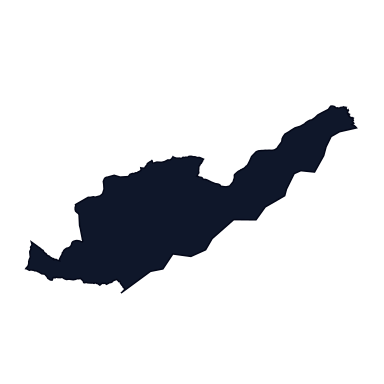 the district of Juaben Municipal, Ashanti, Ghana, rotated 285°
{"feature_id": "2480657B53382680619634", "entity_name": "Juaben Municipal", "entity_type": "district", "adm_level": 2, "iso_a3": "GHA", "parent_name": "Ghana", "parent_adm1": "Ashanti", "projection": "orthographic", "projection_center": [-1.389, 6.756], "detail": "fine", "context": "isolated", "style": "filled", "palette": "ink", "viewbox_px": 384, "rotation_deg": 285, "n_neighbors": 0, "source": "geoboundaries", "source_scale": "gbopen_adm2", "svg_char_len": 5765}
<svg xmlns="http://www.w3.org/2000/svg" viewBox="0 0 384 384"><g transform="rotate(285 192 192)"><path d="M70.7,79.7L73.1,80.0L73.7,80.7L73.6,81.9L74.6,83.0L74.6,84.6L75.3,87.3L76.0,88.6L75.8,89.4L75.2,91.1L75.0,93.4L76.0,95.8L76.5,100.0L77.6,102.3L78.5,103.3L78.9,105.2L79.8,106.7L79.4,107.1L78.1,109.7L77.5,110.2L76.5,110.8L76.5,111.7L77.3,113.2L77.3,114.8L78.0,118.3L78.4,119.4L78.4,121.0L78.9,121.6L79.3,122.2L79.3,122.7L79.0,123.4L79.2,124.5L78.9,125.2L78.2,127.1L80.7,128.8L80.7,129.8L81.4,131.7L80.7,133.3L82.0,134.7L82.8,135.4L83.6,137.1L84.3,138.0L85.7,138.7L86.8,140.0L88.1,142.0L87.3,143.5L86.5,144.5L87.0,145.7L86.8,145.8L85.5,146.4L84.0,148.2L83.9,148.4L83.8,148.5L83.7,148.7L83.6,148.9L83.5,149.2L83.2,149.4L82.9,149.7L82.4,150.0L82.1,150.5L81.9,150.7L81.8,150.9L81.6,151.6L81.4,152.0L81.2,152.1L80.7,152.2L80.2,152.0L79.9,151.9L79.4,151.7L79.1,151.4L78.7,151.2L78.3,151.1L77.9,150.8L77.5,150.7L77.1,150.4L76.4,149.8L76.0,149.5L104.6,172.4L110.2,183.8L127.2,189.5L129.5,207.6L139.7,220.1L152.2,223.5L176.1,239.4L181.7,261.0L196.5,266.6L212.4,282.5L219.2,282.5L236.2,285.9L240.8,291.6L243.0,305.2L261.2,309.8L270.3,309.8L281.6,312.0L288.4,318.9L296.5,334.3L297.5,332.8L297.6,332.4L298.2,331.3L298.5,328.9L300.3,330.5L301.0,329.5L301.8,328.5L302.6,328.9L302.8,329.3L303.4,328.9L304.3,328.5L304.7,328.5L305.1,328.7L305.2,328.4L304.7,328.2L304.4,328.0L305.3,327.2L304.9,326.4L305.4,325.0L305.6,324.3L306.4,323.6L306.7,323.8L307.0,324.0L307.1,323.2L307.3,323.2L307.9,323.6L308.0,323.1L307.7,322.5L308.4,322.3L308.6,321.9L308.6,321.7L310.5,321.6L311.2,322.0L311.8,321.5L311.6,321.4L311.0,321.2L311.3,320.3L311.9,319.4L312.5,319.4L312.9,318.9L313.0,318.6L313.6,318.9L313.5,317.8L312.7,317.3L313.1,316.9L313.5,316.5L313.0,315.9L312.8,315.2L312.3,314.3L312.0,313.4L311.5,313.2L311.1,312.4L311.1,312.0L310.5,311.1L310.7,310.8L310.9,310.6L310.5,310.0L310.8,308.0L311.4,307.8L311.4,305.6L310.9,303.9L309.7,303.3L307.1,302.4L302.5,297.3L299.0,293.6L295.7,291.6L292.5,288.9L291.9,287.4L290.2,285.5L288.1,283.7L287.2,283.4L283.5,279.6L280.6,274.9L277.1,271.6L275.4,270.2L272.0,266.8L269.0,265.7L266.8,265.3L265.1,265.5L264.0,265.7L262.8,265.3L258.6,263.6L256.3,262.9L254.5,261.3L253.9,260.6L252.9,258.5L252.3,255.7L251.6,253.6L251.2,251.8L250.7,250.7L250.0,248.4L248.9,245.5L247.5,243.6L241.7,240.4L237.0,239.7L232.8,238.8L231.5,238.2L230.8,237.5L230.2,237.3L228.3,236.1L227.7,235.2L226.9,234.7L226.6,234.1L226.1,233.4L225.6,233.2L225.2,232.8L224.2,231.6L223.6,231.1L222.6,230.4L219.8,228.6L219.0,228.6L217.5,229.1L216.3,229.3L214.3,229.1L212.7,229.2L207.4,226.8L205.8,223.6L205.5,222.1L205.1,218.8L204.9,218.1L205.8,217.5L206.2,216.7L206.4,215.3L206.3,214.0L206.1,212.3L206.6,208.1L207.2,205.2L207.6,203.0L207.6,201.4L207.1,200.0L207.2,199.5L207.6,199.0L208.3,198.1L208.5,197.6L208.5,197.1L208.3,195.2L208.6,192.5L209.6,193.0L210.9,193.0L211.7,193.3L212.1,193.6L213.2,193.3L213.7,192.9L215.6,192.6L216.9,192.3L218.7,191.9L219.4,192.5L220.2,192.5L220.6,192.7L221.3,192.7L222.0,193.4L223.3,193.8L224.2,193.8L224.7,194.2L225.5,194.1L226.7,194.6L227.3,190.5L227.1,189.5L226.6,188.3L226.8,185.7L226.4,184.6L226.3,182.0L225.9,180.7L225.8,180.3L225.5,179.7L224.3,178.7L224.1,177.6L224.1,177.1L223.4,176.0L223.2,174.3L222.2,173.7L221.4,172.4L221.6,171.5L221.0,169.7L220.6,167.8L220.8,165.7L220.9,164.8L221.1,164.5L218.6,163.7L217.1,162.3L216.7,160.3L214.3,157.7L213.5,156.3L212.7,154.7L211.8,150.3L211.0,149.0L210.1,147.8L209.9,147.0L210.2,146.3L211.8,145.4L212.0,145.1L211.3,144.7L211.0,144.4L210.8,144.2L210.5,143.8L210.1,143.4L209.4,142.8L208.2,141.8L208.0,141.6L207.8,141.6L207.5,141.5L206.7,141.5L206.2,141.4L205.8,141.2L205.4,141.0L205.0,140.7L204.8,140.7L204.3,140.4L203.4,140.3L203.1,140.1L202.9,140.0L202.7,139.8L202.6,139.6L202.5,139.1L202.1,136.9L202.1,136.7L202.1,136.3L200.3,137.1L199.3,136.8L198.2,135.8L197.5,134.8L196.4,134.1L195.9,132.5L194.7,131.1L194.5,129.7L193.7,128.6L193.1,127.6L190.4,126.5L187.8,118.7L188.0,112.5L184.4,106.4L184.2,105.8L183.9,105.3L183.5,104.9L183.3,104.7L183.1,104.5L182.9,104.3L182.1,104.0L181.6,103.9L179.3,103.6L176.2,104.9L172.0,106.3L167.2,106.1L164.5,104.3L161.9,99.8L161.9,98.0L160.5,95.2L160.0,93.1L149.7,82.7L148.8,83.2L146.5,83.2L145.7,83.5L144.8,83.7L143.4,84.5L142.2,86.7L141.9,87.8L140.8,88.8L130.8,92.0L130.3,92.2L127.7,93.7L124.1,95.4L118.8,98.0L118.5,98.1L117.8,98.4L117.1,99.0L116.9,99.1L116.0,99.2L115.5,98.9L115.4,98.7L115.3,98.4L115.4,97.4L115.5,96.9L115.6,96.2L115.6,95.8L115.5,95.2L115.5,94.8L115.5,94.3L115.3,93.8L115.3,93.3L115.1,92.8L114.8,92.1L114.3,91.3L113.8,90.5L113.3,89.9L113.0,89.7L112.7,89.5L111.9,89.2L109.6,89.2L109.2,89.2L108.7,89.0L108.3,88.8L108.0,88.7L107.6,88.5L107.2,88.2L106.7,87.9L106.5,87.6L106.0,87.0L105.2,85.4L103.9,84.3L102.7,83.5L102.4,83.4L102.0,83.3L101.7,83.2L101.3,83.2L101.0,83.2L100.3,82.8L99.6,82.5L99.4,82.6L99.2,82.6L98.8,82.7L98.0,82.6L97.1,82.5L96.7,82.3L95.3,81.9L94.9,81.9L93.7,81.6L92.3,81.5L92.0,81.6L91.7,81.7L91.3,82.0L91.2,80.4L91.3,80.0L91.3,79.3L91.7,78.2L91.4,77.3L90.9,76.2L91.8,75.7L91.8,75.3L91.3,74.7L92.0,73.6L92.1,72.2L93.0,71.0L93.2,69.2L93.3,68.5L94.7,66.9L94.6,66.1L95.1,65.7L95.6,64.5L97.0,63.3L97.3,62.0L98.6,59.3L99.2,57.3L99.5,56.8L102.2,49.7L99.8,51.1L98.4,50.9L97.2,50.4L96.7,50.4L95.8,51.1L94.2,51.1L92.8,50.7L91.9,50.9L89.2,51.9L87.6,52.6L87.3,52.7L84.6,52.3L82.5,52.3L80.8,52.8L80.0,52.8L78.8,52.9L77.0,52.3L76.1,51.7L74.9,51.3L75.0,52.4L74.8,53.0L74.3,55.2L74.7,55.7L75.1,56.8L75.2,57.3L75.2,57.9L75.4,58.9L75.4,59.5L75.2,60.0L75.2,60.3L75.2,60.9L75.5,61.4L75.6,61.8L75.6,62.2L75.3,63.0L75.2,63.5L75.1,64.7L75.1,65.0L74.9,65.3L74.8,65.8L74.1,68.0L74.5,70.6L74.5,71.0L74.3,71.4L73.6,72.4L73.4,72.9L73.1,73.1L72.9,73.5L72.5,74.0L71.3,75.1L70.8,76.7L70.4,77.8L70.5,78.8L70.7,79.7Z" fill="#0f172a" stroke="#020617" stroke-width="1.5"/></g></svg>